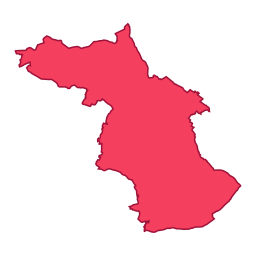 Floresti, Mehedinti, Romania
{"feature_id": "2599482B87855176216946", "entity_name": "Floresti", "entity_type": "district", "adm_level": 2, "iso_a3": "ROU", "parent_name": "Romania", "parent_adm1": "Mehedinti", "projection": "equal_earth", "projection_center": [22.911, 44.797], "detail": "fine", "context": "isolated", "style": "filled", "palette": "rose", "viewbox_px": 256, "rotation_deg": 0, "n_neighbors": 0, "source": "geoboundaries", "source_scale": "gbopen_adm2", "svg_char_len": 5766}
<svg xmlns="http://www.w3.org/2000/svg" viewBox="0 0 256 256"><path d="M210.1,165.0L208.7,163.2L207.2,161.9L207.3,161.4L205.7,159.9L205.5,159.5L203.9,159.5L203.0,158.3L202.0,158.1L200.6,157.1L200.1,156.1L199.9,155.2L200.4,154.9L199.4,154.0L199.0,153.1L199.1,152.6L198.5,151.9L198.7,151.6L197.8,150.0L197.1,146.1L196.4,144.4L195.2,142.6L195.0,141.0L194.7,140.5L194.5,140.0L194.8,138.8L194.8,137.9L195.3,137.0L194.5,135.7L195.2,134.5L192.0,130.0L192.2,129.2L193.9,127.4L191.3,126.1L192.2,124.4L192.4,123.5L191.9,122.8L189.8,121.9L189.9,121.2L190.5,120.0L188.5,118.3L191.2,114.7L192.0,114.9L192.4,114.3L193.7,114.3L195.0,113.9L195.5,113.3L195.2,112.6L196.8,111.2L198.6,113.3L199.4,113.3L200.9,114.1L200.8,112.6L202.1,112.1L205.3,110.2L207.5,110.0L207.9,110.2L208.9,111.4L209.5,111.5L209.3,110.2L209.3,108.6L209.0,107.9L208.4,107.2L207.3,106.6L206.0,105.3L205.5,105.4L200.1,101.6L202.9,98.9L197.5,94.8L199.1,93.3L197.8,92.1L197.1,93.0L195.0,91.2L194.3,92.6L190.1,89.7L187.4,92.5L185.6,91.2L184.5,90.6L182.9,88.4L182.7,87.8L176.4,84.7L175.8,84.2L174.8,84.0L174.7,84.0L174.8,84.3L174.6,84.3L174.1,83.7L173.9,83.2L173.2,82.4L166.2,76.7L161.3,79.6L160.5,78.9L159.8,78.9L159.2,79.2L157.2,76.6L156.1,76.4L154.5,75.3L153.9,75.3L153.6,75.5L153.3,75.9L153.2,77.2L152.6,77.5L149.3,77.9L148.6,77.5L147.8,75.1L147.6,73.3L148.0,68.4L147.6,66.6L147.1,65.4L146.3,64.3L146.1,63.3L145.5,62.2L144.1,61.0L142.4,60.2L141.5,58.7L141.2,58.3L141.2,57.7L139.3,53.4L137.3,50.4L136.4,47.8L135.1,46.7L134.5,45.4L134.3,43.9L131.7,38.5L130.2,37.8L129.9,37.5L129.4,35.5L129.6,34.0L129.9,32.9L129.8,31.5L130.0,30.3L129.5,26.8L129.6,26.5L128.8,26.0L128.6,25.4L128.8,24.8L127.8,23.8L127.3,24.4L125.5,25.9L124.7,26.9L124.5,27.6L124.7,29.1L115.3,33.6L115.4,34.1L116.6,35.5L117.1,36.6L117.1,39.7L116.9,40.4L117.4,40.8L116.5,41.4L116.3,42.6L114.4,43.4L113.1,43.1L112.5,42.4L109.8,41.9L107.1,40.6L103.8,40.1L101.7,40.7L99.1,40.8L98.4,41.2L97.2,41.4L93.8,41.7L90.1,45.7L88.7,46.5L83.9,47.6L81.7,48.3L80.9,48.2L78.8,46.9L77.0,46.5L72.2,47.3L69.4,48.1L68.9,48.4L62.0,43.3L61.4,40.9L60.9,40.4L57.8,40.6L54.7,39.6L52.5,39.3L49.8,37.2L46.7,36.0L43.8,38.2L43.1,39.6L44.1,42.7L37.6,44.9L35.6,49.7L34.3,50.2L30.7,47.8L29.6,47.6L27.0,48.6L26.5,50.0L24.9,50.4L18.2,50.6L15.4,50.9L16.4,53.7L18.9,53.8L19.6,54.5L20.2,54.6L21.7,54.3L22.5,54.5L22.3,55.4L21.8,55.8L21.8,57.1L21.3,58.3L21.1,59.4L20.0,59.9L20.8,62.2L20.1,63.5L20.1,64.5L19.1,65.0L19.4,65.6L19.3,66.1L19.7,66.9L21.6,66.2L24.6,64.4L30.0,62.2L30.4,65.5L29.8,65.1L28.4,65.7L26.7,67.8L28.3,71.2L30.6,72.3L32.0,73.6L38.0,76.9L40.7,78.7L41.5,79.0L49.0,79.5L51.5,79.4L54.1,81.0L55.9,82.3L57.5,84.1L58.3,86.3L59.6,86.9L65.3,86.9L66.9,87.5L67.9,88.4L68.6,88.5L69.5,88.4L70.1,88.0L70.7,86.9L71.4,86.1L73.4,85.3L74.6,85.3L75.4,85.5L76.4,86.7L77.4,87.4L78.4,87.7L79.7,87.5L80.7,87.9L82.8,87.6L86.5,88.8L86.6,89.9L87.6,90.1L85.9,92.7L86.2,93.2L86.1,93.6L85.2,94.4L85.8,95.3L85.4,96.1L85.8,96.8L85.3,97.6L85.8,98.0L85.6,98.4L84.0,99.8L82.4,102.8L82.3,103.5L82.7,104.1L84.8,104.6L88.8,106.0L90.5,106.3L91.1,104.8L91.7,104.7L91.9,104.0L93.7,104.8L95.1,104.7L96.8,102.4L97.2,100.8L97.6,100.9L98.9,100.5L99.9,100.8L100.5,100.8L102.2,99.8L101.9,99.4L102.5,99.0L103.5,99.9L103.9,99.9L105.8,102.1L106.7,102.7L107.9,103.8L109.2,104.3L111.7,106.4L112.2,107.5L113.2,109.0L111.1,110.9L110.3,112.1L110.0,113.1L108.7,113.8L107.0,117.0L105.9,122.1L107.3,123.7L107.2,124.2L103.5,123.2L102.3,126.1L102.7,126.7L102.5,127.7L103.1,127.7L102.9,128.4L102.2,128.4L101.9,129.2L102.0,129.7L102.6,130.5L102.1,132.7L100.7,134.5L100.4,135.1L100.2,136.3L100.4,136.7L99.9,138.2L99.4,138.8L98.7,138.9L98.5,138.5L98.3,138.9L97.7,139.0L97.7,141.4L98.4,141.0L99.2,141.1L99.6,141.5L99.7,141.9L99.4,142.5L99.6,143.0L99.1,143.7L99.1,144.1L99.6,144.2L100.5,144.0L101.2,143.6L101.8,143.6L101.8,145.0L101.6,145.7L101.7,149.4L101.3,152.0L102.5,152.6L101.8,154.9L99.2,155.5L98.9,157.0L99.3,157.1L99.7,156.9L100.4,157.0L100.5,157.2L99.8,158.9L99.1,160.1L98.4,159.9L97.7,159.9L97.1,161.1L96.3,161.9L96.5,162.7L95.8,163.8L96.6,165.4L97.3,165.7L99.5,167.4L98.4,168.9L101.6,169.3L103.9,170.6L105.1,170.5L106.7,169.6L109.1,168.7L114.5,170.3L115.2,170.3L120.3,172.2L122.1,174.2L122.9,174.7L125.4,175.6L126.7,176.6L127.4,177.8L128.7,179.1L131.9,179.9L132.0,180.5L132.5,180.9L134.3,184.0L135.7,185.7L134.4,186.7L134.8,188.1L135.3,189.0L136.1,189.7L136.7,191.9L136.6,192.3L137.0,195.4L138.4,195.2L138.5,196.0L137.9,197.2L137.6,196.3L137.3,196.4L137.5,198.3L137.3,199.2L137.9,201.2L138.2,201.9L138.4,203.0L137.8,203.6L137.0,204.0L133.3,204.8L130.9,206.3L129.3,206.6L130.7,208.1L130.2,208.8L130.7,209.1L132.2,208.8L132.6,209.9L133.8,210.0L135.4,210.7L136.8,211.0L139.0,211.2L139.0,211.8L139.4,212.2L139.7,213.4L139.4,215.5L138.0,219.0L141.0,221.9L142.2,222.3L144.0,221.6L145.5,221.2L145.8,221.6L148.0,221.3L148.9,220.9L148.7,222.4L145.6,223.0L146.0,223.9L144.6,225.2L145.3,226.1L144.8,226.6L144.0,226.7L144.0,227.3L145.1,227.9L145.0,228.6L144.5,228.9L144.3,229.3L144.4,231.3L144.9,231.2L145.3,230.6L145.8,230.4L146.8,230.4L148.7,230.7L150.1,231.4L152.1,232.0L154.3,232.2L155.9,231.7L157.8,230.6L159.7,230.4L164.4,229.5L167.0,228.3L169.8,228.4L172.7,227.6L176.7,228.8L179.7,228.8L183.5,229.3L188.9,229.1L190.7,228.4L192.8,228.1L194.8,227.1L200.4,226.9L202.8,226.6L203.2,226.1L206.9,224.3L214.3,218.8L213.1,217.6L212.6,216.7L212.4,213.7L215.7,211.9L216.4,211.0L217.2,211.2L218.4,210.7L218.5,210.5L219.8,209.8L221.2,208.6L225.3,204.4L229.3,200.9L229.8,199.6L230.4,199.5L231.4,197.9L231.7,196.8L232.1,196.6L236.4,190.8L236.7,190.8L237.4,190.1L238.7,187.6L239.9,186.7L240.6,185.8L239.7,184.6L237.4,182.7L235.0,179.1L233.7,177.7L231.7,176.4L230.0,175.7L227.6,173.1L224.4,171.3L222.3,170.4L219.7,170.0L214.1,170.2L212.8,167.9L212.0,167.3L211.3,166.5L210.7,165.5L210.1,165.0Z" fill="#f43f5e" stroke="#9f1239" stroke-width="1.5"/></svg>